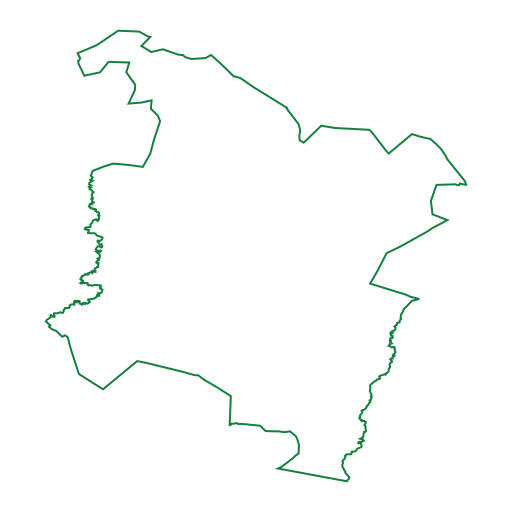 Mežvidu pag., Karsavas, Latvia (Natural Earth projection)
{"feature_id": "27541924B97990803808017", "entity_name": "Mežvidu pag.", "entity_type": "district", "adm_level": 2, "iso_a3": "LVA", "parent_name": "Latvia", "parent_adm1": "Karsavas", "projection": "natural_earth1", "projection_center": [27.562, 56.699], "detail": "fine", "context": "isolated", "style": "outline", "palette": "green", "viewbox_px": 512, "rotation_deg": 0, "n_neighbors": 0, "source": "geoboundaries", "source_scale": "gbopen_adm2", "svg_char_len": 5871}
<svg xmlns="http://www.w3.org/2000/svg" viewBox="0 0 512 512"><path d="M278.0,468.5L346.8,481.3L349.2,478.1L349.4,477.6L349.2,477.1L345.9,473.4L345.3,472.6L345.2,470.8L344.2,470.2L343.7,468.7L342.5,467.2L342.3,464.5L343.1,462.9L342.4,461.1L344.8,458.6L345.0,457.0L345.6,456.2L345.2,455.5L346.2,454.5L351.1,454.1L351.9,452.7L351.6,451.8L355.5,451.3L357.2,448.8L361.3,447.1L361.7,445.8L360.6,443.0L359.7,442.8L358.7,443.5L358.3,443.0L358.4,442.3L359.5,441.8L361.6,442.2L362.6,440.9L363.9,440.7L363.4,440.0L360.3,438.8L362.1,438.1L362.1,437.6L362.8,437.6L363.6,435.2L363.5,433.7L364.1,432.9L364.0,432.0L365.4,431.8L366.0,431.1L365.6,430.1L365.6,426.2L364.4,425.1L365.6,423.1L365.8,421.8L364.5,421.4L363.9,420.6L361.9,421.2L361.2,420.6L361.5,419.8L360.3,419.5L359.3,418.2L360.1,417.2L359.7,416.6L360.0,415.5L362.3,412.7L362.2,411.4L361.6,410.8L362.2,410.2L363.0,410.3L365.1,409.0L366.4,407.5L367.2,405.6L368.9,404.1L369.2,402.6L370.5,401.7L370.4,400.7L369.9,400.3L370.5,400.1L371.0,399.1L371.0,398.1L371.6,397.4L370.9,396.4L371.7,395.6L369.9,391.3L370.4,387.3L370.0,385.9L370.3,384.9L374.2,381.7L376.0,380.8L376.9,379.6L379.6,378.9L380.0,377.9L379.2,376.6L379.8,375.9L384.2,374.4L385.6,374.7L385.9,374.3L385.7,373.5L388.1,372.2L388.6,371.4L388.7,369.1L390.1,367.2L390.1,366.3L389.6,365.0L390.0,363.4L390.8,362.5L391.7,362.3L392.1,361.4L390.2,359.3L391.3,358.4L392.7,358.5L392.8,355.6L393.6,356.4L394.6,355.9L394.0,354.1L395.6,352.1L394.7,350.2L394.9,348.9L394.3,348.4L394.6,347.4L394.0,346.9L391.3,347.3L389.6,345.5L388.9,345.7L389.9,344.0L391.7,343.5L390.1,342.2L391.1,340.9L390.6,340.2L390.0,340.3L390.0,339.1L390.6,338.2L392.6,337.9L392.8,336.2L390.9,335.5L390.9,334.9L392.2,333.4L390.7,333.7L390.3,333.3L391.4,331.7L393.0,330.7L394.2,330.7L395.1,329.8L395.6,327.6L394.4,326.5L397.1,324.4L397.2,322.9L399.6,322.4L399.7,320.5L401.0,319.1L400.7,317.9L400.9,314.9L402.9,311.7L403.7,309.4L411.9,300.8L419.4,299.0L410.7,296.8L405.1,294.4L370.1,283.6L377.4,271.1L386.5,253.3L400.4,246.5L426.3,232.1L432.6,228.0L447.4,220.1L432.5,214.3L430.9,201.0L436.5,184.9L455.6,184.3L457.3,185.2L459.2,185.0L459.9,183.4L462.3,184.2L466.1,184.7L465.1,181.4L447.5,159.5L445.5,155.6L441.0,148.9L435.9,143.8L430.5,139.0L420.3,136.7L412.0,134.1L388.7,153.5L385.9,150.5L372.0,132.4L369.2,129.8L335.2,128.0L321.3,125.7L303.6,142.7L299.7,140.3L299.3,136.0L300.2,130.3L298.6,124.1L289.5,112.4L286.3,107.8L286.6,107.6L253.6,87.2L240.6,78.2L235.6,76.6L234.0,76.6L220.9,63.8L211.0,55.0L205.4,58.1L191.5,59.0L185.2,57.1L182.9,55.1L178.1,54.6L163.0,49.3L151.2,52.0L141.4,46.0L150.3,37.0L148.3,36.6L139.1,31.6L118.2,30.7L96.7,45.2L77.6,53.2L80.2,58.4L79.1,60.3L78.2,60.7L78.5,63.7L84.3,75.7L100.1,72.3L108.5,61.9L129.3,62.5L126.3,72.2L135.2,84.7L134.9,90.1L128.6,103.6L141.8,102.5L151.6,100.4L150.9,108.8L157.9,115.7L160.1,121.3L154.2,138.9L150.2,153.9L142.8,166.9L128.2,164.9L113.1,163.6L103.3,166.7L92.7,170.9L90.8,175.7L92.6,177.3L92.0,178.7L90.2,179.9L90.9,180.5L92.5,180.8L89.4,182.8L89.1,184.4L91.4,185.5L89.1,186.8L90.6,187.6L89.6,188.1L89.6,189.2L92.2,190.5L92.4,191.6L93.6,192.1L93.4,192.6L92.5,193.0L91.6,195.2L92.6,197.4L91.5,198.3L91.3,198.9L91.8,199.5L92.6,199.3L92.1,200.9L92.4,201.9L94.6,202.6L91.6,202.7L91.2,203.4L91.9,203.7L92.1,204.3L89.7,204.3L89.7,205.0L88.8,206.3L89.6,207.2L90.4,207.2L90.7,208.4L92.5,208.2L93.3,209.4L95.0,208.9L95.6,209.2L96.0,209.6L95.4,210.9L96.6,211.4L96.9,212.1L98.0,212.1L99.0,212.7L99.1,214.3L98.1,214.9L98.2,215.4L99.4,215.9L98.8,217.0L99.2,218.8L97.8,220.9L97.4,220.8L97.5,219.8L97.0,219.4L96.2,219.8L95.3,219.4L93.7,220.2L92.7,221.1L92.3,222.6L90.4,224.5L90.6,226.6L90.3,227.0L86.0,227.5L85.1,228.0L84.7,228.8L85.4,229.5L88.9,229.9L89.1,230.2L87.9,232.4L88.1,233.1L94.7,233.3L95.5,233.7L97.0,235.6L102.1,237.2L102.6,237.9L101.8,239.7L99.6,241.1L97.7,240.6L97.4,241.4L99.9,244.8L101.6,244.1L102.3,246.3L102.0,247.1L101.2,247.4L98.8,246.3L97.7,246.3L95.6,249.2L96.1,249.9L97.9,250.8L99.1,251.0L100.6,250.5L101.0,251.0L100.0,251.8L96.5,251.9L99.7,254.5L99.9,255.1L99.8,257.5L97.8,258.6L98.8,259.1L99.1,259.9L97.3,260.8L96.2,262.5L97.2,263.3L97.7,262.8L98.5,263.0L98.2,266.0L97.6,266.6L97.8,267.0L97.2,266.9L96.6,267.7L95.0,268.4L94.3,270.1L95.1,270.7L94.0,270.9L94.6,271.7L93.6,271.5L92.7,272.6L92.6,271.5L91.9,271.2L91.1,272.5L90.5,272.3L88.1,273.3L88.0,273.6L88.7,273.9L88.4,274.5L87.2,274.6L86.9,274.1L85.9,274.7L85.1,274.2L84.7,275.0L81.8,276.2L81.6,276.4L82.0,276.9L81.5,278.0L80.4,278.7L80.4,279.2L81.3,279.7L81.5,280.3L82.8,280.5L83.2,281.1L83.0,281.7L82.1,281.9L80.4,283.1L81.4,283.6L83.1,283.0L87.4,283.1L87.8,283.3L87.7,284.8L88.6,285.4L89.7,285.1L92.4,285.7L94.1,285.0L100.5,285.3L101.1,286.3L99.9,287.5L99.8,288.2L100.1,288.6L101.0,288.6L101.3,289.3L102.4,289.6L102.0,291.9L99.9,293.6L98.8,293.0L98.0,293.2L99.1,295.6L97.0,295.2L96.9,295.5L97.5,296.2L96.4,296.6L96.1,297.5L95.3,297.9L94.0,298.6L88.2,299.5L88.1,300.3L89.9,302.0L87.7,303.7L85.8,302.9L85.2,303.8L85.0,303.2L83.3,302.9L82.5,303.4L83.3,303.7L83.1,304.1L81.7,304.7L81.3,304.1L79.8,303.7L79.6,301.2L78.5,300.8L77.3,301.1L78.2,302.1L76.3,302.4L75.8,302.3L76.3,301.5L75.8,300.8L74.6,300.9L74.1,301.7L74.2,304.7L72.1,304.2L69.6,305.4L69.5,307.7L69.1,307.9L65.2,308.0L64.9,309.0L63.8,309.6L63.7,311.0L63.1,312.7L62.0,312.9L60.4,312.3L56.7,313.4L54.2,313.2L53.8,314.0L54.5,315.7L54.5,316.8L53.3,316.8L50.9,315.0L50.5,315.5L50.8,317.1L46.6,320.1L45.9,321.5L50.3,325.3L49.1,326.4L49.2,327.0L50.3,327.4L50.7,328.4L52.0,329.2L56.2,330.9L62.3,336.8L64.9,335.3L67.7,337.2L70.8,349.0L78.9,374.0L103.0,389.3L137.2,361.1L145.5,362.7L183.1,371.9L195.1,375.3L198.1,375.2L203.4,379.3L216.8,387.2L230.8,396.1L229.7,425.0L230.8,424.8L231.5,423.7L234.8,423.6L236.6,423.0L238.6,424.2L240.6,423.8L260.1,425.7L265.7,431.1L278.9,431.4L284.9,432.2L289.9,431.3L295.7,436.0L297.2,438.9L299.0,444.9L298.6,453.4L294.7,456.4L293.2,458.0L281.3,467.0L278.0,468.5Z" fill="none" stroke="#15803d" stroke-width="2"/></svg>